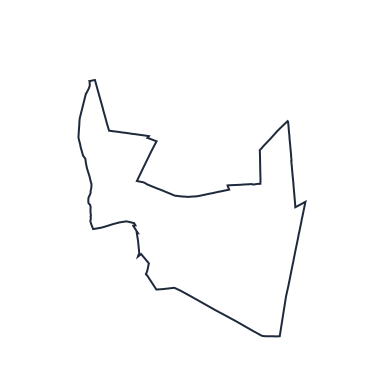 Santa Ana Nopalucan, Tlaxcala, Mexico (orthographic projection), rotated 114°
{"feature_id": "50627088B6785133078565", "entity_name": "Santa Ana Nopalucan", "entity_type": "district", "adm_level": 2, "iso_a3": "MEX", "parent_name": "Mexico", "parent_adm1": "Tlaxcala", "projection": "orthographic", "projection_center": [-98.337, 19.293], "detail": "fine", "context": "isolated", "style": "outline", "palette": "slate", "viewbox_px": 384, "rotation_deg": 114, "n_neighbors": 0, "source": "geoboundaries", "source_scale": "gbopen_adm2", "svg_char_len": 3759}
<svg xmlns="http://www.w3.org/2000/svg" viewBox="0 0 384 384"><g transform="rotate(114 192 192)"><path d="M129.2,326.2L130.0,327.5L132.0,330.1L132.4,330.8L132.8,330.4L133.9,329.9L136.2,328.7L137.9,328.5L139.4,328.4L141.7,328.5L144.9,328.7L145.2,328.7L145.4,328.9L170.5,324.5L174.0,323.3L174.5,323.0L175.0,322.9L175.5,322.7L176.0,322.5L176.5,322.3L176.9,322.1L177.5,321.9L178.1,321.7L178.5,321.6L179.1,321.4L179.6,321.2L188.4,317.9L190.8,316.1L191.8,315.3L194.4,313.2L195.4,312.7L203.0,306.4L205.0,303.0L209.0,300.5L212.9,297.7L215.8,295.2L219.4,292.0L222.6,289.6L225.5,287.2L227.1,286.4L228.6,285.9L230.3,285.4L231.5,285.2L233.0,284.8L233.9,284.3L234.8,284.2L235.9,284.1L236.7,284.2L238.6,284.2L239.8,284.1L241.3,283.5L242.6,283.0L243.6,282.4L244.3,282.0L244.8,280.9L245.1,280.0L246.2,279.0L247.3,278.4L249.1,277.7L250.5,277.1L251.9,276.4L253.4,275.6L254.3,274.9L255.1,274.6L255.9,274.6L256.5,274.2L257.9,273.4L259.1,273.3L260.0,273.0L261.0,272.2L262.5,270.8L263.8,269.6L264.9,268.4L266.1,267.2L261.5,260.4L259.2,257.6L253.3,250.9L249.3,245.9L247.7,243.4L245.8,240.5L245.4,239.6L245.0,237.7L244.0,232.1L244.2,231.9L245.5,230.1L246.7,232.0L246.8,231.9L251.3,225.1L251.5,224.8L251.7,225.9L252.0,225.7L259.1,221.1L259.3,221.0L269.9,215.0L270.5,215.3L273.0,215.1L269.4,213.2L270.2,211.6L270.3,211.5L270.3,211.4L271.7,208.5L274.7,202.5L274.8,202.3L276.8,202.0L278.8,201.5L282.2,200.8L283.6,200.7L284.8,200.7L285.6,200.8L286.2,200.3L286.3,199.5L286.3,199.2L286.9,198.3L287.0,198.1L288.5,195.9L293.9,187.5L295.6,184.9L292.5,179.0L286.7,169.2L286.8,162.8L287.8,150.5L290.4,123.0L292.1,100.0L294.3,78.2L294.3,77.5L294.9,70.7L294.8,68.9L293.8,66.0L290.8,59.2L289.4,55.7L288.3,53.6L288.2,53.4L288.1,53.2L248.9,63.7L238.4,65.8L216.2,70.8L215.6,70.9L208.6,72.5L202.0,74.0L195.4,75.4L191.9,76.2L189.6,76.7L189.0,76.9L179.6,78.9L178.7,79.1L176.1,79.7L172.3,80.6L169.3,81.2L167.2,81.7L161.1,83.0L158.9,83.5L155.8,84.2L154.8,84.4L158.5,87.2L163.9,91.4L163.7,91.5L160.5,93.2L152.7,97.5L149.3,99.4L147.3,100.5L145.7,101.4L142.3,103.2L140.9,104.0L136.0,106.8L126.1,112.3L123.2,114.0L122.9,113.8L118.3,116.4L117.9,116.5L117.6,116.7L117.2,116.9L112.3,119.7L109.0,121.5L104.8,123.9L102.1,125.4L101.6,125.6L101.2,125.8L97.4,128.0L91.9,131.0L88.8,132.8L88.4,133.5L90.8,134.5L93.2,135.5L99.4,138.0L100.1,138.2L101.8,138.9L111.7,142.1L120.9,145.4L123.3,146.1L123.6,146.1L125.8,147.0L126.2,147.1L129.2,145.6L135.8,142.5L148.4,136.6L152.3,134.7L153.9,134.0L154.7,133.7L156.7,132.9L156.8,133.1L158.0,135.6L159.6,137.9L160.1,138.9L160.4,139.4L160.4,139.6L160.4,139.9L160.4,140.5L164.6,148.7L165.5,150.3L170.9,161.1L171.5,162.2L171.9,161.9L172.0,161.8L174.7,159.0L180.7,167.3L181.0,167.8L183.2,170.8L184.3,172.2L185.4,173.8L186.7,175.7L187.3,176.5L188.0,177.5L188.5,178.2L189.3,179.2L190.4,180.8L191.4,182.1L192.2,183.3L193.0,184.4L193.8,185.6L194.3,186.5L194.9,187.6L195.5,188.7L196.0,189.8L196.5,190.7L197.0,191.6L197.5,192.5L198.0,193.5L198.3,194.3L198.5,194.7L198.7,195.5L199.1,196.5L199.5,197.5L200.2,199.4L200.5,200.4L200.8,201.3L201.1,202.3L201.4,203.3L201.7,204.3L202.0,205.2L202.3,206.1L202.4,207.2L202.4,208.2L202.4,209.3L202.4,210.3L202.4,211.3L202.5,212.4L202.5,212.9L202.5,213.5L202.5,214.6L202.6,215.7L202.6,216.8L202.6,218.0L202.6,219.1L202.7,219.6L202.7,220.1L202.7,221.3L202.8,222.9L202.9,224.5L203.0,226.0L203.0,227.0L203.0,227.3L203.1,228.8L203.1,230.1L203.2,231.5L203.2,232.2L203.2,232.9L203.2,234.3L203.3,235.9L203.1,237.3L202.9,239.0L203.0,240.7L204.4,246.8L190.9,246.4L170.8,245.7L160.1,245.0L160.6,254.1L160.7,254.7L158.5,254.1L159.7,258.5L160.4,260.9L162.6,268.5L163.0,269.6L164.5,275.1L166.2,280.7L167.2,284.4L168.4,288.2L169.7,292.7L163.9,297.7L158.8,301.8L153.8,306.0L151.1,308.1L141.1,316.4L129.2,326.2Z" fill="none" stroke="#1e293b" stroke-width="2"/></g></svg>